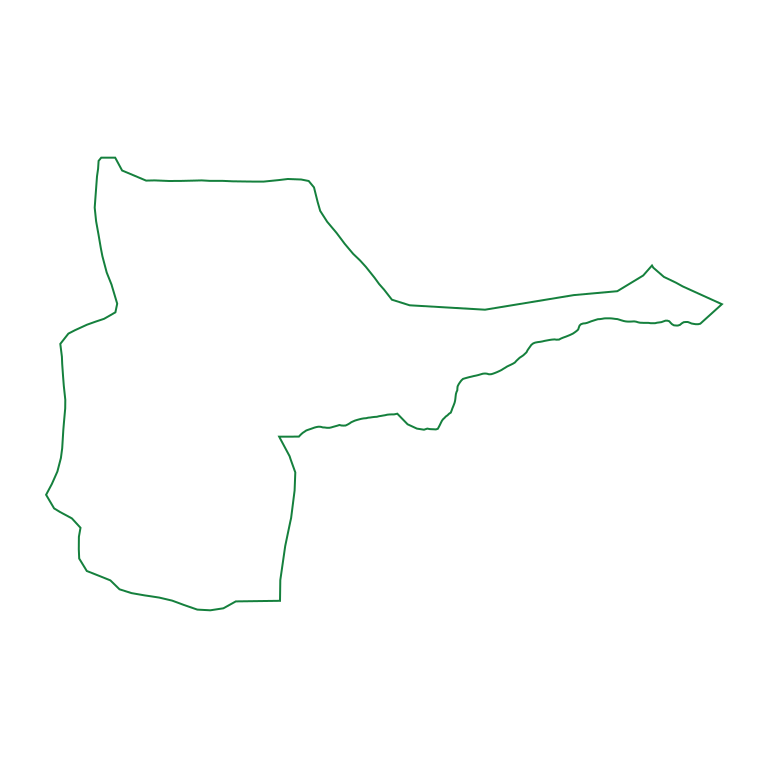 Dhibain, Amran, Yemen
{"feature_id": "15242507B1655282160159", "entity_name": "Dhibain", "entity_type": "district", "adm_level": 2, "iso_a3": "YEM", "parent_name": "Yemen", "parent_adm1": "Amran", "projection": "orthographic", "projection_center": [44.211, 16.011], "detail": "fine", "context": "isolated", "style": "outline", "palette": "green", "viewbox_px": 768, "rotation_deg": 0, "n_neighbors": 0, "source": "geoboundaries", "source_scale": "gbopen_adm2", "svg_char_len": 3969}
<svg xmlns="http://www.w3.org/2000/svg" viewBox="0 0 768 768"><path d="M652.0,265.5L643.2,275.5L617.3,291.2L573.8,295.1L485.0,309.7L409.7,305.3L391.9,299.7L384.2,289.8L379.1,284.0L374.6,277.8L365.9,266.9L360.1,260.5L353.1,253.8L344.7,243.8L336.7,233.1L327.2,221.8L320.2,210.9L317.7,202.2L314.0,187.4L308.7,181.0L301.2,179.5L287.8,179.0L284.5,179.4L278.6,180.1L263.6,181.6L254.5,181.6L245.9,181.5L232.5,181.3L223.3,180.9L210.4,180.9L201.7,180.4L194.3,180.6L182.0,180.9L169.2,181.0L154.6,180.4L146.1,180.6L122.1,170.5L115.2,157.7L101.2,157.7L98.6,160.9L98.1,168.7L97.0,176.4L94.7,207.6L96.1,221.2L98.6,235.1L100.8,248.0L102.4,256.2L106.7,272.5L111.6,284.8L111.8,285.6L117.2,303.7L115.4,312.3L104.1,318.8L95.7,321.6L87.0,324.7L75.0,330.2L68.4,333.6L60.3,343.9L61.9,356.7L62.2,364.0L63.1,376.8L63.8,385.8L65.3,399.8L65.2,408.4L63.9,423.0L63.3,430.2L62.2,448.2L60.9,458.0L57.4,471.5L51.9,483.9L46.1,494.8L54.1,508.4L60.2,512.1L71.9,518.4L80.5,527.8L78.9,536.8L78.8,549.3L79.2,558.6L79.6,559.2L86.8,571.0L99.0,575.8L110.4,580.4L119.5,589.3L131.5,593.1L144.7,595.4L150.2,596.2L159.3,597.6L172.1,600.6L178.1,602.8L184.0,605.0L197.3,609.6L210.3,610.3L223.4,608.3L235.8,601.4L280.0,600.8L280.3,580.1L285.2,546.1L290.4,521.2L291.1,518.1L294.6,490.5L295.3,472.4L290.6,459.3L289.6,456.2L280.4,439.0L279.2,436.7L282.8,436.7L298.9,436.6L299.8,435.6L301.2,434.2L302.8,432.8L304.5,431.7L306.2,430.5L308.4,429.7L310.5,429.0L312.5,428.3L314.4,427.6L316.3,427.1L318.4,426.7L320.7,426.8L322.8,427.4L324.8,427.5L326.9,427.8L329.4,427.8L331.3,427.4L333.3,426.8L335.5,426.2L337.6,425.6L339.4,425.0L341.5,425.5L343.5,425.6L345.6,425.5L347.7,424.5L349.6,423.4L351.3,422.2L353.1,421.4L354.9,420.6L357.2,419.9L359.4,419.3L361.4,418.8L363.6,418.4L366.2,418.2L368.1,417.7L370.2,417.5L372.2,417.2L374.8,416.9L376.8,416.8L379.1,416.2L381.1,415.9L383.3,415.5L385.2,415.2L387.2,414.7L387.3,414.7L389.3,414.5L391.5,414.4L394.0,414.4L396.0,414.0L397.3,413.7L407.6,424.3L416.9,428.6L424.0,429.7L427.3,428.6L427.8,428.7L429.8,429.1L431.8,429.2L433.9,429.3L435.9,429.4L437.8,428.8L438.8,427.0L439.9,424.9L440.9,422.8L441.8,421.0L442.9,419.4L444.3,418.1L445.8,416.5L447.5,415.3L449.1,413.7L450.8,412.6L451.7,410.3L452.4,408.3L453.2,406.4L453.9,404.6L454.6,402.7L455.1,400.6L455.4,398.5L455.6,396.5L455.9,394.1L456.5,392.0L457.3,390.3L457.4,388.2L457.6,386.4L458.7,384.2L459.9,382.4L461.4,380.4L463.0,378.9L465.0,378.3L467.5,377.6L469.4,377.1L471.6,376.6L474.0,376.0L476.0,375.6L478.1,375.1L480.8,374.3L482.9,373.7L485.0,373.5L487.0,373.7L489.0,374.3L491.2,374.2L493.2,373.6L495.1,372.9L497.3,372.0L499.7,370.9L501.5,370.0L503.2,368.9L505.4,367.6L507.1,366.5L509.2,365.5L511.1,364.6L513.1,363.6L514.9,362.5L516.4,360.8L518.2,359.1L519.7,357.7L521.4,356.6L523.3,355.3L524.8,353.9L526.5,352.3L527.5,350.3L528.8,348.4L530.1,346.6L531.3,344.9L533.2,343.4L535.2,342.6L537.9,342.1L540.3,341.8L542.5,341.4L544.5,340.9L547.2,340.4L549.9,339.9L552.0,339.6L554.5,339.4L556.6,339.7L557.8,339.6L559.0,339.6L560.8,338.6L563.2,337.6L566.0,336.6L568.0,335.8L569.7,335.1L570.8,334.6L572.9,333.6L575.1,332.1L576.8,330.8L578.2,329.5L578.9,327.3L579.6,325.5L581.0,324.2L583.1,323.5L585.3,323.3L587.3,322.8L589.4,322.0L591.2,321.3L593.1,320.7L595.6,319.9L597.9,319.2L600.0,319.1L602.1,318.8L604.3,318.4L607.1,318.3L609.1,318.3L611.2,318.4L613.1,318.6L615.2,318.9L617.4,319.1L619.4,319.7L621.3,320.3L623.7,321.0L625.7,321.4L627.9,321.6L629.9,321.6L632.1,321.5L633.7,321.4L634.3,321.4L636.2,321.7L638.1,322.3L640.0,322.7L642.2,322.8L644.4,322.9L646.5,322.9L648.6,322.9L650.7,323.2L652.8,323.2L655.1,323.2L657.1,322.7L659.5,322.4L661.5,322.1L663.4,321.4L665.4,320.7L667.5,320.7L669.3,321.3L670.6,322.8L672.0,324.2L673.9,325.3L676.0,325.5L678.0,325.5L679.9,324.9L681.7,323.4L683.7,322.2L685.8,322.0L686.8,322.0L687.8,322.0L689.7,322.7L691.5,323.5L693.8,323.9L695.7,324.2L698.2,324.2L700.3,323.7L721.9,304.2L682.7,286.4L676.0,282.7L663.9,276.9L657.1,271.0L653.3,267.7L652.0,265.5Z" fill="none" stroke="#15803d" stroke-width="2"/></svg>